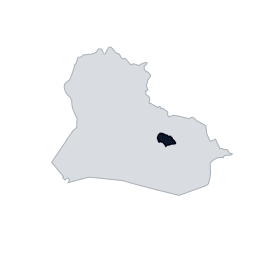 location of Afaq, Al-Qādisiyyah, Iraq, rotated 335°
{"feature_id": "34846034B39567841057501", "entity_name": "Afaq", "entity_type": "district", "adm_level": 2, "iso_a3": "IRQ", "parent_name": "Iraq", "parent_adm1": "Al-Qādisiyyah", "projection": "mercator", "projection_center": [45.306, 32.022], "detail": "fine", "context": "in_parent", "style": "filled", "palette": "ink", "viewbox_px": 256, "rotation_deg": 335, "n_neighbors": 0, "source": "geoboundaries", "source_scale": "gbopen_adm2", "svg_char_len": 4979}
<svg xmlns="http://www.w3.org/2000/svg" viewBox="0 0 256 256"><g transform="rotate(335 128 128)"><path d="M105.7,48.4L107.4,48.0L110.4,45.4L112.3,43.0L112.8,42.8L114.4,43.6L115.6,43.8L118.3,42.9L119.9,43.3L121.2,44.0L121.9,44.0L125.5,45.5L126.4,45.7L128.3,45.9L131.0,46.0L132.8,45.0L134.1,44.0L134.9,44.0L135.8,44.3L136.5,44.7L137.1,45.4L137.4,46.4L137.3,49.7L137.6,50.5L138.0,51.1L138.7,51.2L139.4,50.5L140.7,49.5L142.3,48.4L143.5,47.4L144.2,47.0L145.3,47.0L146.4,47.2L146.9,47.7L146.9,47.9L147.5,49.4L148.9,55.1L149.7,55.8L150.6,56.4L151.3,57.2L151.5,58.1L151.5,59.4L151.5,60.9L151.9,62.1L152.4,62.9L152.9,63.4L153.6,63.4L154.5,63.6L155.1,64.5L157.0,70.9L157.2,71.8L158.0,72.0L159.3,71.9L160.6,72.6L162.0,73.6L163.4,75.5L164.3,75.9L167.1,75.6L171.0,75.9L172.8,76.9L172.6,77.5L171.2,78.2L168.7,79.0L168.0,80.4L167.6,82.1L167.7,83.1L168.3,84.2L170.0,86.4L170.1,87.2L170.4,88.3L170.8,89.0L170.4,90.5L168.8,91.5L166.7,92.5L162.6,97.3L162.3,98.4L162.3,101.2L161.9,102.0L160.6,102.0L159.5,101.9L159.5,102.9L158.8,104.2L158.5,105.3L160.0,108.0L160.3,109.5L160.0,110.8L158.6,113.0L157.8,114.5L158.0,114.9L159.1,115.5L162.5,120.4L163.6,122.1L165.1,121.7L165.6,121.7L166.0,122.0L166.3,122.6L166.3,123.3L165.9,124.4L167.8,124.9L168.4,126.0L170.6,129.8L170.5,130.9L169.5,132.7L169.5,133.9L169.7,135.0L170.0,135.3L173.2,135.5L174.6,135.9L177.9,137.9L181.6,140.8L184.7,143.3L187.3,145.3L190.1,145.2L190.9,145.6L191.6,146.2L192.4,147.9L194.0,151.8L195.4,153.0L197.5,156.1L199.5,159.0L198.2,162.8L196.9,166.9L196.9,172.1L196.9,174.9L199.6,175.0L202.6,175.1L202.6,178.4L202.6,181.8L202.6,185.6L203.5,185.7L204.9,186.5L205.5,187.8L206.3,188.4L207.2,188.5L208.1,189.1L208.9,190.2L209.3,191.1L209.0,191.6L209.2,192.6L209.8,194.0L210.6,194.7L211.7,195.5L210.2,196.0L208.5,195.6L204.8,194.0L203.6,193.9L202.1,194.6L202.0,195.1L198.2,193.3L196.8,192.9L196.3,192.9L194.1,192.9L190.9,193.2L189.1,194.0L187.8,194.8L187.2,195.6L187.0,196.0L186.0,198.3L184.8,201.3L183.6,203.9L181.3,207.7L180.0,209.4L177.2,212.6L174.2,213.2L167.2,212.6L159.5,211.9L151.8,211.2L146.1,210.7L145.7,210.5L140.0,205.9L135.5,202.3L129.9,197.8L124.2,193.1L118.5,188.4L114.3,185.0L109.1,180.5L104.5,176.5L100.8,173.3L96.1,170.5L92.4,168.3L87.1,165.1L82.8,162.5L79.1,160.3L73.5,157.0L71.6,156.0L65.8,154.9L60.2,153.9L54.5,152.9L50.6,152.3L53.2,149.9L52.4,147.7L50.5,148.1L48.8,148.6L47.8,145.2L49.1,144.8L47.9,140.4L46.7,135.8L45.5,131.4L44.3,126.9L49.1,123.9L52.7,121.8L57.8,118.7L62.7,115.8L67.4,112.9L72.5,109.8L77.1,107.1L81.3,105.9L82.2,105.0L84.1,101.2L85.8,98.0L85.8,97.2L85.8,92.6L86.1,87.1L86.7,84.2L87.6,81.6L88.5,79.7L88.6,77.9L88.5,76.1L87.6,73.4L86.6,70.5L86.7,67.8L86.9,66.3L87.5,63.9L88.5,62.2L89.6,61.1L93.6,60.0L95.9,59.4L99.1,56.3L101.0,54.5L103.6,51.6L105.6,49.5L105.7,48.7L105.7,48.4Z" fill="#d9dde1" stroke="#a8b0b8" stroke-width="1"/><path d="M161.7,153.0L161.5,152.9L161.2,152.8L161.1,152.7L160.9,152.7L160.7,152.4L160.5,151.7L160.4,151.2L159.9,150.8L159.6,150.6L159.2,150.3L159.1,150.2L158.9,150.1L158.6,149.8L158.4,149.7L158.2,149.6L158.0,149.4L157.8,149.3L158.0,149.0L158.0,148.9L158.0,148.7L157.8,148.7L157.5,148.7L157.3,148.7L157.2,148.7L157.2,148.0L157.2,147.8L157.1,147.6L156.8,147.6L156.2,147.6L155.9,147.6L155.7,147.6L155.6,147.2L155.6,146.9L155.5,146.6L155.3,146.6L154.8,146.6L154.6,146.5L154.4,146.6L154.1,146.7L154.0,146.8L153.8,146.8L153.5,147.0L152.9,147.2L152.7,147.2L152.6,147.4L152.5,147.5L152.4,147.6L152.2,147.8L151.9,148.0L151.6,148.4L151.4,148.5L151.1,148.8L150.9,149.2L150.7,149.3L150.7,149.5L150.5,149.9L150.4,150.1L150.3,150.3L150.4,150.5L150.4,150.8L150.4,151.0L150.6,151.1L150.6,151.3L150.6,151.5L150.8,151.6L150.8,151.8L150.7,151.8L150.5,152.0L150.4,152.1L150.2,152.2L150.1,152.6L150.1,152.8L150.1,153.0L150.2,153.3L150.1,153.5L150.3,153.7L150.4,153.4L150.5,153.4L151.1,153.6L151.3,153.7L151.5,153.7L151.8,153.8L151.8,154.2L152.0,154.3L152.2,154.5L152.3,154.5L152.5,154.9L152.9,155.1L153.4,155.4L153.5,155.5L153.8,156.3L153.9,156.7L153.9,157.1L154.1,157.4L154.1,157.6L154.3,158.0L154.6,158.6L154.7,158.8L154.5,159.5L154.5,159.9L154.6,160.4L154.6,160.5L154.9,160.4L155.0,160.4L155.1,160.1L155.4,160.0L155.6,160.1L155.9,160.1L156.1,160.1L156.3,160.2L156.6,160.2L156.9,160.2L157.1,160.3L157.3,160.3L157.5,160.4L157.7,160.5L157.9,160.5L158.1,160.6L158.3,160.7L158.7,160.7L159.0,160.7L159.5,160.7L159.8,160.8L160.0,160.8L160.4,160.9L160.6,160.9L160.9,161.0L161.0,161.0L161.3,161.1L161.6,161.2L161.7,161.3L161.9,161.3L162.2,161.4L162.4,161.5L162.6,161.6L162.9,161.7L163.4,161.9L163.8,162.0L164.1,162.1L164.4,162.0L164.5,161.9L164.7,161.7L164.7,161.2L164.7,160.8L164.5,160.1L164.5,159.8L164.5,159.6L164.4,159.4L164.4,159.1L164.3,158.9L164.1,158.5L164.0,158.1L163.9,157.7L163.7,157.5L163.6,157.2L163.5,156.6L163.6,156.4L163.7,156.0L163.7,155.8L163.6,155.5L163.4,155.2L163.1,154.8L163.0,154.6L162.9,154.5L162.8,154.3L162.8,154.2L163.0,154.0L163.1,153.9L163.1,153.7L162.9,153.5L162.4,153.3L162.0,153.2L161.9,153.1L161.7,153.0Z" fill="#0f172a" stroke="#020617" stroke-width="1.5"/></g></svg>